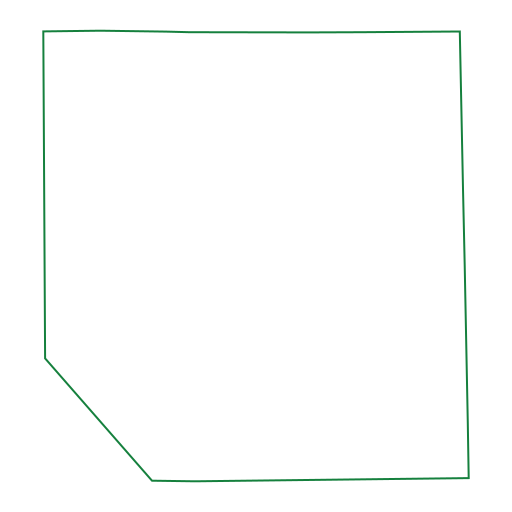 Potter, Pennsylvania, United States of America (Robinson projection)
{"feature_id": "52423323B68632918387185", "entity_name": "Potter", "entity_type": "district", "adm_level": 2, "iso_a3": "USA", "parent_name": "United States of America", "parent_adm1": "Pennsylvania", "projection": "robinson", "projection_center": [-77.898, 41.738], "detail": "fine", "context": "isolated", "style": "outline", "palette": "green", "viewbox_px": 512, "rotation_deg": 0, "n_neighbors": 0, "source": "geoboundaries", "source_scale": "gbopen_adm2", "svg_char_len": 307}
<svg xmlns="http://www.w3.org/2000/svg" viewBox="0 0 512 512"><path d="M43.3,31.4L45.1,358.4L152.0,480.7L194.9,481.3L468.7,478.1L467.8,423.5L464.7,265.1L463.0,188.8L459.8,31.5L362.1,32.2L311.2,32.4L304.8,32.4L189.3,32.2L165.9,31.6L100.5,30.7L43.3,31.4Z" fill="none" stroke="#15803d" stroke-width="2"/></svg>